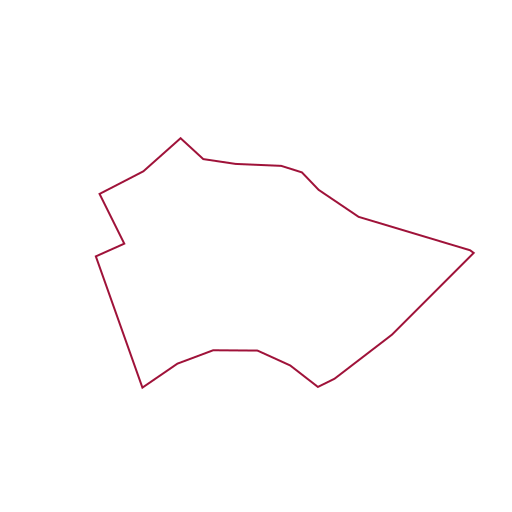 the district of Gangdong-gu, Seoul, South Korea, rotated 51°
{"feature_id": "91817680B8309013283439", "entity_name": "Gangdong-gu", "entity_type": "district", "adm_level": 2, "iso_a3": "KOR", "parent_name": "South Korea", "parent_adm1": "Seoul", "projection": "albers", "projection_center": [127.15, 37.543], "detail": "fine", "context": "isolated", "style": "outline", "palette": "rose", "viewbox_px": 512, "rotation_deg": 51, "n_neighbors": 0, "source": "geoboundaries", "source_scale": "gbopen_adm2", "svg_char_len": 426}
<svg xmlns="http://www.w3.org/2000/svg" viewBox="0 0 512 512"><g transform="rotate(51 256 256)"><path d="M386.3,86.0L290.2,151.6L244.0,165.7L219.9,167.7L201.8,179.7L171.6,213.9L147.5,236.0L117.0,240.5L119.3,290.2L109.3,338.5L163.5,350.6L155.5,380.7L286.8,427.1L290.2,384.8L302.3,348.6L330.4,314.4L362.6,298.3L396.7,290.3L400.8,272.2L402.7,199.8L390.6,84.9L386.3,86.0Z" fill="none" stroke="#9f1239" stroke-width="2"/></g></svg>